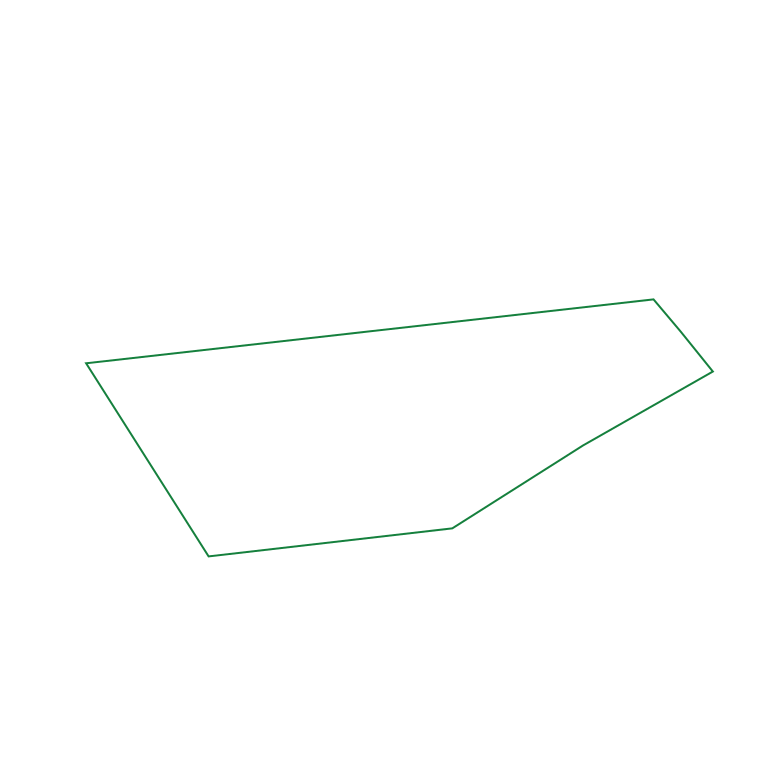 an SVG outline of Nibok, rotated 313°
{"feature_id": "NRU-4974", "entity_name": "Nibok", "entity_type": "state/province", "adm_level": 1, "iso_a3": "NRU", "parent_name": "Nauru", "parent_adm1": "", "projection": "albers", "projection_center": [166.924, -0.513], "detail": "fine", "context": "isolated", "style": "outline", "palette": "green", "viewbox_px": 768, "rotation_deg": 313, "n_neighbors": 0, "source": "natural_earth", "source_scale": "10m", "svg_char_len": 262}
<svg xmlns="http://www.w3.org/2000/svg" viewBox="0 0 768 768"><g transform="rotate(313 384 384)"><path d="M138.3,373.3L196.0,152.0L629.7,523.4L624.7,565.0L617.4,616.0L474.9,571.5L325.0,532.4L138.3,373.3Z" fill="none" stroke="#15803d" stroke-width="2"/></g></svg>